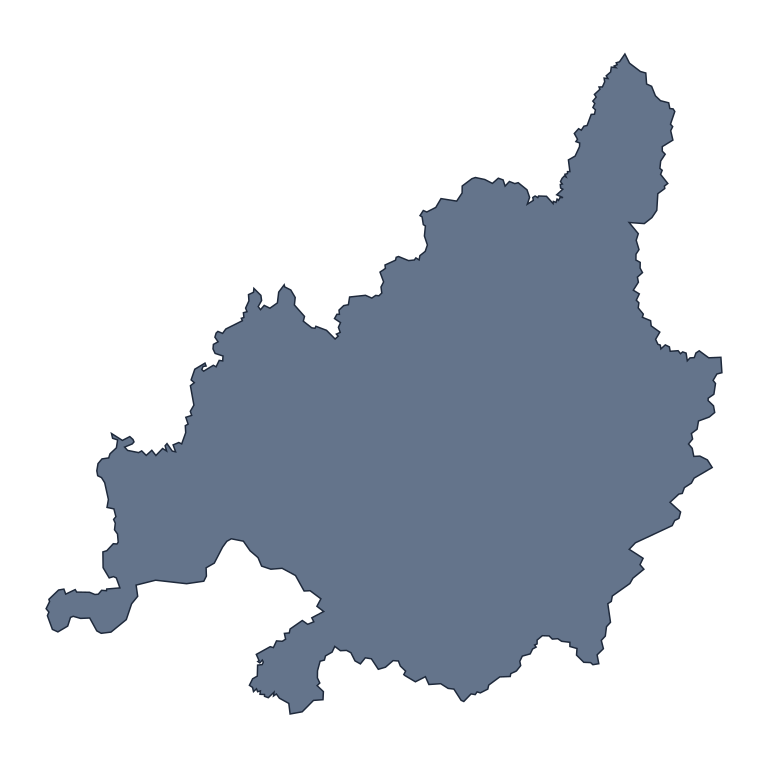 outline of Medio Baudó(boca De Pepé), Chocó, Colombia
{"feature_id": "7082276B42421945632945", "entity_name": "Medio Baudó(boca De Pepé)", "entity_type": "district", "adm_level": 2, "iso_a3": "COL", "parent_name": "Colombia", "parent_adm1": "Chocó", "projection": "mercator", "projection_center": [-77.017, 5.148], "detail": "fine", "context": "isolated", "style": "filled", "palette": "slate", "viewbox_px": 768, "rotation_deg": 0, "n_neighbors": 0, "source": "geoboundaries", "source_scale": "gbopen_adm2", "svg_char_len": 6085}
<svg xmlns="http://www.w3.org/2000/svg" viewBox="0 0 768 768"><path d="M651.9,217.6L656.8,210.3L657.8,193.7L664.8,188.5L664.4,186.1L667.8,183.5L660.6,174.4L662.2,170.3L659.9,168.4L660.7,161.0L665.2,154.2L662.3,151.2L662.3,146.6L672.9,140.1L670.7,130.7L672.7,126.6L670.5,124.2L674.8,111.5L673.1,108.9L669.8,108.5L668.7,102.8L660.5,100.7L655.4,95.8L651.6,86.3L646.6,84.0L645.8,73.0L640.4,71.5L629.5,63.2L624.9,54.0L619.5,61.8L616.2,62.8L617.2,64.7L614.2,66.0L615.9,67.6L611.3,67.1L610.6,72.0L606.2,75.8L607.9,78.5L604.1,78.1L604.7,81.8L602.4,86.9L599.0,87.0L599.9,89.3L594.4,94.4L596.2,97.1L592.8,101.1L594.8,103.5L592.9,107.5L595.4,109.8L594.5,114.2L591.2,114.4L587.1,125.5L583.9,126.2L581.3,130.2L578.6,128.7L574.3,133.5L577.5,139.2L575.9,141.6L579.7,143.0L579.5,146.7L575.1,156.1L568.4,159.9L569.9,171.6L567.5,171.6L567.5,173.6L564.9,174.3L566.1,177.0L564.3,176.0L562.1,178.3L560.5,181.6L562.3,184.0L560.3,184.5L560.6,188.0L562.8,189.2L556.7,194.8L563.0,197.6L560.0,197.6L558.5,200.4L557.1,199.1L556.0,202.4L553.4,201.4L553.1,203.6L546.5,196.3L538.6,196.0L537.8,197.6L535.1,196.0L532.8,197.5L533.3,200.4L527.3,204.2L529.6,197.4L527.0,189.8L518.2,182.7L514.8,183.6L509.4,181.5L505.1,186.1L503.1,179.9L498.3,178.2L492.4,183.4L484.8,179.5L475.4,177.5L471.9,178.7L462.2,186.0L462.1,193.0L456.7,201.1L441.0,198.6L435.8,207.4L426.8,212.0L423.3,210.5L420.0,215.6L422.1,216.9L423.3,224.6L425.4,226.0L424.4,236.0L427.4,245.0L425.2,251.4L419.9,255.6L419.1,259.9L415.9,257.9L414.3,260.0L408.5,260.6L398.5,256.5L396.2,257.3L395.5,260.2L385.0,265.0L385.4,268.4L380.0,272.1L383.6,281.9L381.0,287.0L381.8,293.0L378.9,295.8L375.7,295.4L371.8,298.1L365.5,295.3L349.6,297.0L348.4,304.7L343.7,305.6L339.0,310.1L339.4,314.3L336.9,314.3L334.5,318.6L340.5,322.6L338.4,327.3L340.2,332.4L336.4,334.1L338.2,336.2L335.1,339.0L326.5,330.3L315.9,326.3L315.0,328.3L311.7,327.8L303.3,321.2L304.5,316.4L294.4,305.0L295.2,297.5L290.8,290.0L284.7,286.9L284.2,284.8L278.7,292.1L277.4,302.9L269.9,308.2L264.2,305.4L260.5,309.7L258.2,306.6L261.6,300.5L260.9,295.4L253.9,288.4L253.5,292.3L248.5,294.6L248.9,300.9L245.6,308.1L247.0,311.7L243.4,312.7L243.9,317.5L241.3,318.3L242.4,320.7L225.8,329.0L222.6,333.4L217.9,331.4L216.1,333.1L214.9,337.2L218.1,341.8L213.4,344.4L213.0,348.9L215.1,353.4L223.0,356.0L222.7,360.9L219.2,360.4L216.1,366.8L213.3,365.3L203.6,371.2L201.8,369.5L203.1,366.5L206.1,366.0L205.0,363.1L194.8,369.2L191.1,379.9L194.3,382.7L190.4,385.7L193.9,405.1L190.3,411.3L191.7,415.4L185.8,417.3L188.1,424.1L185.3,425.7L185.7,432.7L181.7,443.9L178.8,442.5L173.1,444.9L175.6,451.8L172.3,451.1L167.0,443.6L165.1,445.8L166.6,451.0L162.6,448.5L155.9,455.5L151.8,450.3L146.2,455.4L141.7,450.9L138.6,452.6L127.6,450.4L124.6,447.1L132.3,443.9L134.0,441.9L133.0,439.5L129.8,436.6L122.4,440.4L111.5,433.5L112.6,438.3L117.6,439.9L116.4,447.8L110.0,453.8L108.7,457.9L102.0,458.9L98.0,463.6L96.8,470.8L97.7,475.7L101.5,477.6L104.7,482.7L108.4,499.5L107.0,507.4L113.9,508.9L115.9,516.7L113.6,519.4L115.3,523.2L114.5,529.8L117.5,534.0L118.2,542.2L116.9,544.0L113.3,543.7L106.8,550.7L102.9,551.9L103.1,567.7L109.2,577.9L113.5,576.6L116.3,577.9L119.9,587.9L106.7,589.0L106.5,590.7L101.6,590.3L98.3,594.2L94.9,594.5L89.6,592.3L76.7,592.1L75.2,589.6L65.7,594.1L63.9,589.1L58.6,590.0L48.9,599.3L49.6,601.6L46.1,608.7L48.9,612.1L47.4,615.7L52.4,629.4L57.9,631.9L67.7,626.1L70.5,617.4L73.2,616.3L80.5,618.4L89.7,618.0L96.8,630.9L101.2,633.3L111.0,632.1L126.3,619.6L131.6,603.8L137.7,596.3L136.1,585.1L155.6,580.2L186.6,583.7L203.8,581.2L206.4,576.1L206.1,567.8L214.3,563.1L222.6,547.1L226.8,541.3L231.3,538.8L243.4,541.2L250.1,550.8L258.0,557.6L261.6,566.1L270.8,569.2L282.1,568.3L295.5,575.5L304.1,591.0L310.1,590.7L320.9,598.8L316.9,606.3L323.7,611.5L311.8,617.8L313.8,621.8L307.7,624.3L302.3,620.5L290.1,629.0L289.3,632.9L284.4,633.4L285.6,639.2L282.2,641.3L276.5,640.9L273.4,647.6L270.2,646.7L256.3,654.4L259.1,660.7L257.8,661.5L259.8,662.9L262.3,660.1L263.3,662.1L262.2,664.6L257.6,665.1L257.3,676.1L252.6,678.8L249.4,685.3L252.5,687.4L253.5,691.6L256.5,688.8L257.6,691.7L260.4,690.9L260.0,694.3L264.5,694.5L264.5,696.3L268.3,697.7L274.0,692.2L273.5,696.0L276.4,694.0L279.4,698.2L288.8,703.4L290.1,714.0L302.2,711.8L313.5,700.4L323.0,699.7L323.4,691.6L317.1,685.6L319.8,683.0L317.4,677.9L317.5,670.8L320.1,661.2L324.4,660.1L325.5,655.9L332.1,652.1L334.8,646.4L340.4,650.7L346.5,650.4L350.9,652.7L355.0,660.9L360.4,663.9L365.3,657.8L371.4,658.8L378.3,669.3L385.5,667.2L393.1,660.6L398.4,661.0L400.3,666.0L405.6,671.1L403.8,674.6L405.0,675.6L415.4,681.8L425.4,676.7L428.9,684.5L440.7,683.7L448.1,688.4L453.9,689.1L461.1,700.3L463.8,701.5L471.1,693.9L475.2,694.6L477.1,691.9L480.3,692.9L487.8,689.1L488.7,685.1L499.8,676.9L510.2,676.5L510.8,673.6L516.4,671.0L520.7,665.6L519.8,661.3L522.3,656.1L530.2,653.9L532.6,649.0L536.1,647.1L534.6,645.0L537.1,643.9L537.1,640.1L542.3,635.7L549.1,635.9L552.3,639.1L557.8,638.7L561.6,641.3L569.9,642.3L569.9,646.5L577.0,648.5L576.5,655.1L583.8,662.3L590.6,662.6L592.9,664.7L598.8,663.7L597.1,654.9L603.4,648.7L601.3,640.4L605.3,636.1L606.5,626.7L610.5,622.3L607.8,603.7L611.3,601.4L612.3,596.0L629.9,583.5L632.9,578.2L643.9,569.2L640.0,564.7L643.1,558.3L629.2,549.3L635.4,542.8L672.2,525.6L674.7,520.5L678.9,518.4L680.6,512.0L670.0,502.3L678.8,494.1L682.3,493.4L684.4,487.6L691.4,483.1L694.1,478.1L712.2,467.5L707.4,459.9L699.9,456.1L693.8,456.4L692.2,448.3L688.5,444.0L692.6,439.0L691.4,433.5L697.1,429.2L698.5,421.0L709.3,417.0L714.7,412.5L713.5,405.8L708.1,400.6L708.2,398.2L713.9,394.2L715.5,383.5L713.1,380.4L716.9,374.0L721.9,372.7L720.9,357.3L708.7,357.8L699.2,350.8L695.9,353.0L694.3,357.6L690.0,357.9L687.3,360.8L686.1,353.1L682.7,351.9L680.5,353.7L678.1,350.7L670.2,351.3L669.4,346.9L665.3,344.9L660.9,348.9L660.3,345.1L657.9,344.3L655.6,339.3L659.8,332.1L651.2,325.9L650.6,320.7L642.4,317.3L643.3,314.1L638.2,307.9L638.9,302.8L636.3,300.2L639.3,293.9L633.3,290.2L638.4,282.2L637.4,277.1L642.5,272.6L640.1,268.1L640.2,262.4L635.9,260.0L636.0,254.2L639.0,249.6L636.2,240.3L638.3,233.7L629.1,222.5L644.3,223.6L651.9,217.6Z" fill="#64748b" stroke="#1e293b" stroke-width="1.5"/></svg>